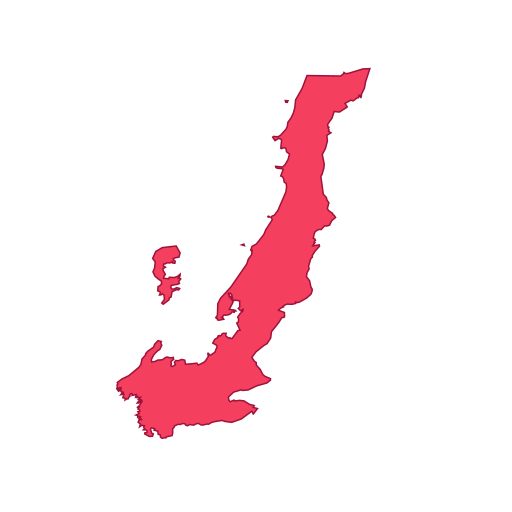 the district of Tapanuli Tengah, Sumatera Utara, Indonesia, rotated 65°
{"feature_id": "22746128B86210793324026", "entity_name": "Tapanuli Tengah", "entity_type": "district", "adm_level": 2, "iso_a3": "IDN", "parent_name": "Indonesia", "parent_adm1": "Sumatera Utara", "projection": "equal_earth", "projection_center": [98.833, 1.868], "detail": "fine", "context": "isolated", "style": "filled", "palette": "rose", "viewbox_px": 512, "rotation_deg": 65, "n_neighbors": 0, "source": "geoboundaries", "source_scale": "gbopen_adm2", "svg_char_len": 6159}
<svg xmlns="http://www.w3.org/2000/svg" viewBox="0 0 512 512"><g transform="rotate(65 256 256)"><path d="M114.0,133.5L123.6,143.4L131.3,154.2L137.9,158.1L142.4,161.9L145.8,166.1L148.3,170.6L152.1,173.1L153.8,175.3L157.0,182.9L157.2,185.7L155.0,189.7L155.4,190.7L159.5,190.0L159.0,185.7L160.6,184.1L161.7,183.8L168.8,188.0L169.5,187.5L169.5,185.4L170.2,184.1L171.3,183.4L174.4,184.3L177.9,182.6L182.3,186.4L185.4,190.9L186.6,194.3L183.0,200.3L184.2,200.6L185.4,199.7L188.3,195.0L189.2,194.9L193.9,199.8L195.2,198.6L197.2,198.3L201.2,199.2L202.9,198.0L206.2,199.0L210.5,201.8L223.8,216.7L226.7,221.9L226.7,225.2L227.4,226.0L230.0,225.9L236.3,236.0L239.8,239.8L245.3,250.6L245.6,255.6L248.4,258.3L249.5,258.0L249.4,257.2L252.9,259.4L255.6,264.3L259.3,267.7L273.5,291.9L279.3,306.0L283.1,310.8L293.5,316.1L294.7,318.4L295.7,318.3L296.1,317.4L297.6,317.9L298.6,316.6L299.7,311.9L298.1,312.1L297.2,313.1L295.9,309.8L296.9,308.5L297.7,305.3L297.6,303.3L296.5,301.4L297.7,299.6L296.7,299.4L297.3,297.5L296.2,297.9L293.1,302.8L288.3,296.5L285.5,296.2L284.1,297.0L283.1,295.4L282.1,295.5L281.9,297.5L280.0,296.5L279.3,297.3L278.5,297.1L278.2,296.3L278.9,294.9L281.1,294.4L287.0,295.8L287.3,293.3L289.8,289.8L295.2,292.2L296.1,294.3L299.4,292.9L298.8,290.4L300.2,291.1L301.7,295.2L303.7,298.5L305.6,298.3L308.5,300.0L308.6,301.8L316.6,301.8L315.9,303.9L320.8,312.8L319.0,314.4L319.0,315.4L316.0,317.0L314.8,316.9L313.5,315.7L312.2,318.4L312.3,319.9L313.4,321.0L313.2,322.7L312.4,323.0L312.6,324.5L313.6,324.7L314.2,328.7L316.6,332.0L320.4,329.4L321.6,329.4L325.9,334.1L326.7,339.7L324.1,340.2L323.9,340.8L327.0,341.8L329.8,346.4L330.4,348.9L330.4,354.1L330.1,354.7L328.2,354.8L324.4,365.6L320.3,364.6L318.4,366.9L318.0,371.0L316.8,372.8L317.9,374.9L320.4,375.0L320.9,377.7L320.4,379.2L319.3,379.4L318.4,378.4L315.7,377.7L314.9,374.3L312.9,373.8L312.4,376.1L310.0,379.3L309.7,380.6L310.5,384.7L308.8,389.1L308.9,392.1L307.9,395.4L305.6,394.6L302.3,390.3L300.4,385.5L300.0,382.7L297.1,379.1L294.7,379.2L293.5,377.9L291.3,380.6L293.2,385.3L295.3,387.2L296.5,394.2L297.8,397.2L299.2,398.2L301.2,402.9L305.8,406.3L307.4,409.3L310.7,421.8L310.8,429.4L312.0,435.2L313.6,435.4L314.3,436.5L315.9,436.9L317.6,438.4L318.3,437.9L317.6,435.7L318.3,433.9L319.8,434.8L318.9,436.6L319.7,438.0L320.5,437.6L320.4,435.5L322.0,435.6L323.5,433.7L324.2,434.1L323.7,435.8L324.6,437.2L324.8,435.5L325.7,434.4L328.1,436.6L329.7,434.6L331.2,435.5L330.9,433.8L331.4,432.1L330.3,431.1L329.8,429.4L328.4,429.2L327.9,427.2L328.8,426.4L330.0,427.3L330.9,423.1L333.1,424.8L333.1,422.8L334.2,423.6L335.2,420.5L336.3,423.2L337.5,420.9L338.3,420.6L337.9,423.3L339.0,425.8L339.7,424.4L339.4,422.3L339.9,421.1L342.5,425.3L343.1,428.0L343.7,425.9L344.9,427.6L346.4,426.6L347.7,426.9L347.2,428.9L349.4,428.5L349.4,432.0L350.6,430.6L352.1,431.4L352.0,429.7L352.7,428.6L353.8,430.7L354.7,429.1L355.9,428.9L355.1,431.2L356.8,433.1L359.4,431.8L361.6,433.7L361.2,431.0L362.6,428.9L363.4,430.1L365.2,429.9L365.9,431.6L367.0,429.3L368.2,428.6L369.9,429.3L369.3,431.5L370.2,432.1L374.5,428.9L375.6,425.9L373.8,424.2L372.4,425.4L368.3,424.8L367.6,423.4L369.5,421.0L370.0,420.7L370.7,422.0L373.3,419.1L376.3,420.0L377.6,418.4L379.9,419.1L381.6,418.1L382.0,415.7L382.8,414.6L382.1,413.3L383.3,407.9L381.1,406.2L377.4,404.6L376.7,402.6L375.6,402.0L375.6,397.9L376.7,395.8L376.8,393.2L378.1,391.3L379.6,391.2L381.0,389.6L380.6,387.6L383.0,383.9L382.8,381.0L383.6,378.7L385.7,377.4L386.8,375.6L387.5,371.7L388.4,370.0L388.1,366.7L388.7,363.2L390.7,356.2L392.8,354.1L396.5,348.3L397.5,338.2L394.9,325.3L398.0,325.3L397.9,324.8L394.9,319.1L392.0,322.6L390.8,320.8L387.8,324.5L382.2,328.1L379.9,331.9L378.3,336.7L377.3,336.8L377.1,341.1L375.2,341.5L372.2,340.6L369.9,333.8L371.1,325.9L372.1,325.2L374.1,319.8L374.0,310.0L375.7,299.9L374.7,295.4L373.3,294.7L369.0,298.6L366.4,299.9L360.6,300.1L355.1,301.8L352.6,300.8L350.8,301.9L346.1,302.6L342.9,296.6L340.4,286.6L340.1,283.0L336.6,277.4L331.1,273.9L326.1,263.8L322.7,258.5L323.5,256.6L323.0,255.7L319.2,254.1L314.6,258.6L313.7,255.7L313.7,252.8L313.3,253.1L312.6,251.4L312.8,248.1L315.0,243.8L315.8,240.0L314.5,239.7L315.9,237.7L316.1,235.5L315.5,227.8L313.9,222.5L312.1,220.5L310.1,219.1L307.1,219.3L301.2,217.9L296.0,219.0L292.6,216.7L290.2,213.3L287.5,212.7L281.5,207.4L280.9,205.4L279.5,205.0L276.7,200.7L274.0,194.3L272.6,194.0L270.7,200.3L269.0,197.3L268.8,197.9L267.4,196.8L266.9,195.4L265.6,195.4L264.2,196.5L261.1,194.4L259.1,192.4L258.5,189.9L258.6,187.6L259.6,185.7L257.9,181.8L257.8,180.6L258.7,179.4L259.2,176.4L256.0,172.4L254.7,167.6L252.1,168.0L251.0,168.9L249.8,168.5L245.6,171.0L243.1,171.3L238.7,167.5L235.3,168.0L232.7,167.5L228.5,168.9L211.3,163.6L209.9,161.6L205.1,157.4L201.5,155.3L192.0,153.0L187.9,147.6L182.0,142.7L176.6,140.8L176.0,136.0L173.6,137.6L172.8,136.6L170.6,136.4L170.1,135.5L169.3,136.2L166.9,135.4L163.2,128.8L158.1,124.2L160.8,119.5L159.5,110.3L155.3,110.8L154.9,104.2L156.5,102.3L155.4,97.4L155.8,96.2L154.0,94.7L156.6,93.9L155.0,92.3L155.4,93.4L154.8,93.0L149.6,86.7L144.6,83.2L134.3,73.6L131.6,80.2L129.5,95.2L128.5,97.8L126.8,98.7L127.7,99.6L128.7,103.1L114.0,133.5ZM223.5,329.7L224.5,326.4L221.2,323.5L213.2,324.1L208.8,337.4L209.5,344.9L214.5,350.7L218.8,349.8L224.3,353.2L226.8,356.1L231.6,356.1L236.6,353.8L238.3,352.3L241.4,353.4L242.3,355.7L242.3,357.7L246.1,359.8L247.5,358.4L249.0,358.2L250.5,360.0L251.1,358.4L250.9,356.7L252.5,355.9L256.6,357.3L258.8,361.3L260.5,360.5L259.3,354.8L258.9,353.4L257.3,352.2L257.3,350.3L252.9,347.2L252.9,342.4L254.1,340.3L253.2,338.9L251.2,341.1L251.1,345.3L249.9,346.5L248.2,346.3L246.8,345.3L248.5,339.1L248.5,337.0L246.4,336.8L245.0,333.9L243.8,334.5L243.4,335.7L242.0,333.3L240.4,332.4L241.3,335.7L241.0,339.1L238.6,343.6L239.8,344.7L237.1,349.2L235.3,347.8L234.4,345.9L229.9,346.3L228.2,345.7L227.9,342.8L225.8,344.2L224.2,343.0L224.8,341.5L224.6,339.1L225.9,337.2L225.8,334.3L227.0,334.7L228.3,332.6L226.5,331.4L225.5,332.2L223.5,332.2L223.5,329.7ZM129.2,164.1L130.0,162.7L128.8,161.4L127.5,163.8L129.2,164.1ZM241.7,262.1L240.1,262.0L239.9,264.2L241.7,262.1ZM225.9,228.5L226.5,227.0L225.3,227.6L225.2,228.5L225.9,228.5Z" fill="#f43f5e" stroke="#9f1239" stroke-width="1.5"/></g></svg>